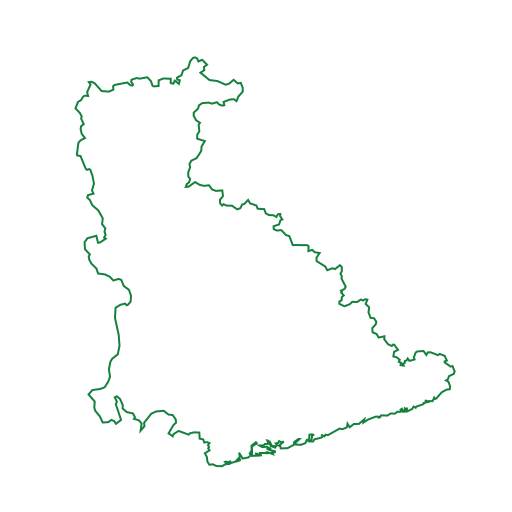 the State of Maharashtra, rotated 263°
{"feature_id": "IND-2447", "entity_name": "Maharashtra", "entity_type": "State", "adm_level": 1, "iso_a3": "IND", "parent_name": "India", "parent_adm1": "", "projection": "robinson", "projection_center": [76.089, 18.818], "detail": "fine", "context": "isolated", "style": "outline", "palette": "green", "viewbox_px": 512, "rotation_deg": 263, "n_neighbors": 0, "source": "natural_earth", "source_scale": "10m", "svg_char_len": 5945}
<svg xmlns="http://www.w3.org/2000/svg" viewBox="0 0 512 512"><g transform="rotate(263 256 256)"><path d="M102.9,432.8L100.1,432.0L100.2,428.9L98.1,423.8L92.5,417.4L92.3,416.2L93.7,415.6L90.4,413.6L91.1,407.9L92.3,406.2L90.6,407.5L90.3,410.5L89.7,404.6L88.6,404.2L86.9,396.6L85.9,396.0L87.3,394.1L85.1,392.3L83.3,387.1L83.4,384.8L85.2,387.1L87.0,387.4L85.6,386.3L86.6,385.1L84.9,384.7L83.8,382.8L86.6,382.1L85.8,380.7L84.2,381.5L83.7,380.2L84.2,377.4L82.6,374.7L83.3,370.6L81.6,367.0L82.6,360.8L80.9,359.5L80.7,358.0L81.6,358.1L82.0,355.4L80.0,347.3L77.6,342.4L80.7,343.6L76.8,337.6L77.3,332.6L74.6,328.1L78.3,326.4L75.3,325.6L74.4,324.1L73.6,320.5L74.5,317.8L69.4,305.5L70.2,303.2L68.7,302.0L70.6,298.9L68.9,300.5L67.8,298.9L66.9,291.6L64.9,290.0L65.5,286.4L67.2,288.8L71.0,289.8L71.7,290.7L70.9,292.0L72.2,289.9L72.1,287.2L68.3,286.5L66.9,285.0L67.3,284.0L64.2,282.1L63.1,277.5L64.0,272.8L65.9,272.3L69.0,277.0L69.3,275.9L66.6,271.1L64.1,270.8L61.4,263.8L62.0,257.1L64.3,257.0L65.0,255.5L68.4,261.0L68.2,258.2L69.5,256.3L67.7,255.2L67.6,252.8L66.0,253.7L63.5,251.6L64.3,250.0L65.1,250.7L65.5,248.6L68.1,247.7L66.4,247.3L71.0,245.9L71.5,244.7L68.1,245.7L68.3,241.8L67.1,240.4L67.5,236.3L65.5,239.0L65.4,243.7L63.3,246.1L63.0,244.1L62.2,245.0L59.8,251.1L58.9,250.8L58.9,248.0L57.3,248.6L58.9,245.6L58.9,243.3L59.6,243.8L60.0,242.6L59.3,241.8L60.0,236.0L57.9,236.5L60.3,231.2L57.6,233.9L58.1,227.7L67.4,228.8L70.1,233.9L71.2,233.2L68.2,228.4L63.8,228.1L60.7,225.7L59.0,226.7L57.0,223.9L56.6,218.1L62.8,215.2L58.7,215.5L56.0,212.4L55.7,214.4L56.7,215.9L55.1,215.0L53.3,204.2L54.4,205.8L55.3,205.3L54.7,203.0L55.6,201.1L55.4,200.3L52.9,203.0L53.0,199.9L51.5,196.9L52.3,191.2L54.5,187.8L54.5,184.3L57.9,182.7L62.7,182.7L66.4,181.2L68.8,186.2L70.9,185.1L72.1,186.1L74.1,185.3L76.0,187.0L77.2,184.9L77.2,181.9L80.4,181.3L81.6,177.8L87.7,178.2L88.5,173.0L88.0,168.6L86.9,167.4L91.8,157.8L89.3,152.5L87.2,151.4L90.6,147.6L98.1,153.3L100.3,156.3L103.7,156.4L108.3,153.9L109.3,149.8L113.6,145.6L113.9,138.0L112.2,132.8L104.1,124.6L100.6,124.5L96.7,120.2L103.7,122.0L107.2,119.7L109.3,115.0L110.9,116.2L114.7,114.7L116.8,108.8L120.9,105.0L124.2,105.6L130.7,103.6L133.7,100.7L132.9,98.6L128.3,100.2L126.0,98.8L109.7,102.1L106.5,96.5L109.5,95.1L110.9,92.4L109.1,89.1L109.4,83.6L116.0,81.4L121.9,77.6L125.2,77.0L131.2,78.2L139.0,72.9L142.9,77.3L143.0,85.4L144.2,89.8L148.9,93.7L153.8,96.4L161.5,96.2L168.8,98.6L171.6,100.8L175.2,106.8L183.6,109.6L194.6,110.1L211.6,108.5L221.7,110.3L224.1,115.4L224.7,120.3L222.9,121.5L223.0,122.6L225.9,126.0L231.8,127.1L237.9,125.8L242.3,121.1L248.6,119.4L250.0,117.0L249.1,111.4L253.3,108.3L256.1,103.9L257.9,97.1L263.0,96.1L268.5,91.7L272.8,90.0L275.9,89.9L277.9,91.3L283.5,87.1L290.5,87.5L294.2,90.9L295.5,100.0L288.4,100.8L288.4,102.7L291.5,109.0L292.8,107.5L295.2,109.3L298.6,108.6L301.8,109.8L306.4,107.1L312.1,108.5L320.7,104.9L326.0,99.9L331.8,97.9L334.6,95.6L336.9,96.7L337.7,102.3L341.1,101.2L347.5,104.0L356.0,103.4L361.9,102.0L362.6,100.8L362.1,98.7L363.5,97.6L376.6,94.0L377.6,90.8L378.7,90.6L389.9,93.5L392.2,96.0L393.9,100.6L398.5,97.9L403.4,97.4L406.1,98.2L407.9,101.1L413.6,99.2L415.6,100.0L419.3,98.7L424.5,94.8L430.7,98.2L432.0,101.3L435.3,103.9L436.0,105.8L435.3,108.8L439.3,108.4L446.4,112.7L449.0,111.3L449.0,114.1L447.0,117.0L438.5,122.9L437.1,130.0L438.5,134.7L442.0,134.9L443.0,136.6L443.9,149.5L440.9,151.9L440.2,154.1L441.2,154.9L444.0,153.3L446.1,153.9L447.2,159.2L446.2,162.0L446.6,169.9L442.3,173.1L437.7,174.0L436.8,175.1L436.6,180.0L442.2,180.8L443.5,185.7L442.3,193.0L438.0,192.4L437.1,194.9L440.0,196.8L436.2,200.4L439.7,201.8L440.8,199.3L442.6,199.3L444.5,204.0L449.1,206.3L450.8,211.5L457.6,214.6L460.4,217.9L460.5,219.8L459.2,221.7L456.1,222.6L457.3,226.5L451.9,230.7L449.9,227.3L446.8,227.4L444.7,223.2L436.3,231.3L434.4,238.9L429.7,246.8L430.3,250.2L433.6,255.3L429.5,258.9L429.7,262.0L424.7,263.3L420.8,262.9L416.4,257.9L412.1,255.5L414.3,253.2L414.5,249.3L412.9,242.6L409.5,242.9L409.3,241.0L410.9,237.8L413.4,236.0L412.6,230.7L414.0,227.7L414.3,221.3L412.5,217.8L409.4,216.5L405.9,211.7L402.9,211.2L398.0,213.1L395.0,216.6L393.2,215.1L386.5,214.9L383.7,212.5L379.6,211.9L376.3,219.2L371.3,215.3L367.1,214.5L363.2,211.4L360.3,208.8L358.5,203.5L355.5,201.2L352.1,201.4L347.4,199.0L343.3,198.5L340.5,200.0L337.2,198.5L335.8,196.1L333.1,194.7L333.1,197.7L336.8,204.5L333.4,208.9L332.0,212.8L331.9,218.0L327.4,220.5L325.5,224.2L325.2,230.5L319.4,230.5L316.3,227.1L312.5,226.8L310.2,228.6L311.4,230.1L309.7,232.6L308.8,238.4L304.6,243.0L305.3,246.2L308.9,248.6L309.1,250.8L312.6,255.0L309.0,256.5L306.1,262.5L302.7,263.4L301.5,269.9L297.2,270.9L295.1,273.7L294.3,278.3L292.3,280.9L294.8,283.0L294.7,285.2L292.6,284.8L289.1,286.6L288.6,284.7L284.5,282.7L283.4,277.1L280.5,276.9L278.7,279.9L278.6,284.3L273.2,288.2L271.7,291.5L262.4,293.8L260.5,308.2L259.4,309.4L254.5,308.6L255.2,312.7L252.7,314.6L251.2,319.5L247.1,315.9L243.6,315.5L237.1,323.5L233.2,325.0L234.5,330.4L233.4,332.8L236.6,338.2L234.7,339.8L230.3,339.3L228.1,337.7L225.4,338.7L223.2,338.1L214.5,341.3L212.5,339.8L211.2,336.1L209.9,336.9L209.2,336.1L206.2,338.3L204.7,336.1L201.6,335.6L200.7,333.2L198.4,332.9L195.3,337.6L196.8,343.3L198.8,346.0L198.0,350.8L200.0,354.7L198.8,356.8L199.8,359.3L199.1,361.2L195.1,359.0L191.3,362.0L186.3,360.8L180.6,362.2L179.9,365.5L176.1,367.4L173.7,366.6L170.2,362.6L166.0,362.5L163.9,366.2L160.1,367.8L160.7,373.7L157.6,373.2L152.3,376.3L150.1,379.8L151.4,381.3L151.1,382.4L145.5,385.5L144.1,381.4L139.6,380.1L138.4,383.1L135.5,386.0L133.6,384.8L132.5,386.8L130.1,386.2L129.2,389.2L131.2,388.7L131.8,390.6L133.6,390.9L134.0,392.7L135.8,394.1L133.2,395.5L134.0,400.8L136.2,400.3L140.8,402.8L141.6,404.6L141.3,410.7L137.0,413.0L139.4,414.7L139.2,417.4L135.4,424.6L136.4,426.4L133.9,431.1L129.0,432.7L128.5,430.5L127.5,430.2L122.5,435.7L122.8,437.6L117.3,439.1L114.9,438.0L113.2,432.9L110.0,431.3L109.4,429.5L107.5,431.8L102.9,432.8Z" fill="none" stroke="#15803d" stroke-width="2"/></g></svg>